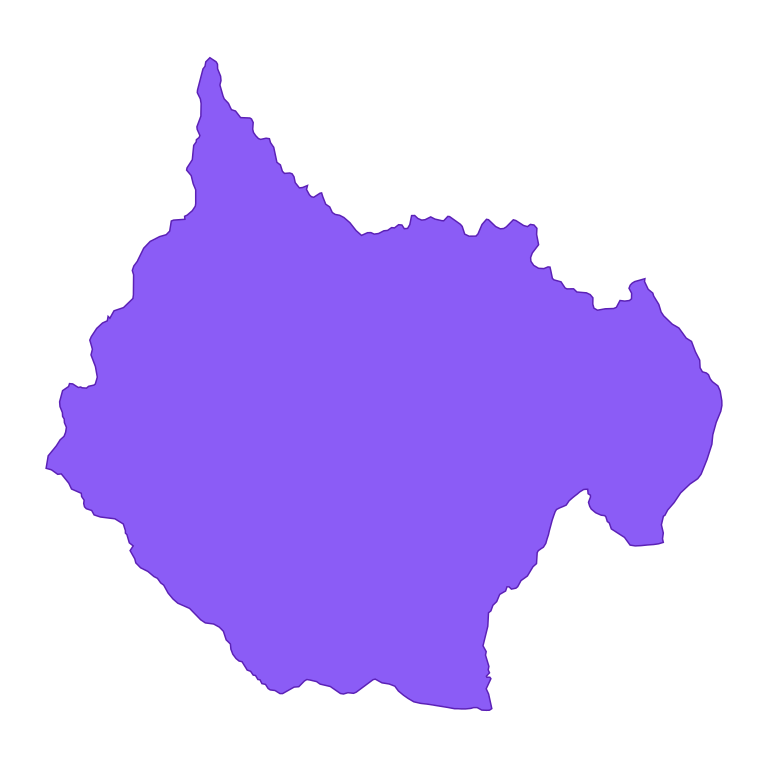 outline of Luebo, Kasaï-Occidental, Democratic Republic of the Congo
{"feature_id": "63176286B69668932062204", "entity_name": "Luebo", "entity_type": "district", "adm_level": 2, "iso_a3": "COD", "parent_name": "Democratic Republic of the Congo", "parent_adm1": "Kasaï-Occidental", "projection": "orthographic", "projection_center": [21.381, -5.592], "detail": "fine", "context": "isolated", "style": "filled", "palette": "violet", "viewbox_px": 768, "rotation_deg": 0, "n_neighbors": 0, "source": "geoboundaries", "source_scale": "gbopen_adm2", "svg_char_len": 5586}
<svg xmlns="http://www.w3.org/2000/svg" viewBox="0 0 768 768"><path d="M513.3,219.8L506.3,226.9L503.7,228.5L500.3,228.8L495.7,226.6L488.5,219.7L487.4,219.5L486.5,219.3L482.0,224.5L480.0,229.2L478.0,233.9L476.8,235.2L476.0,236.1L469.1,236.2L464.7,234.1L462.2,226.4L460.4,224.3L449.6,216.6L447.8,216.4L443.7,220.8L443.0,220.7L442.0,220.7L435.0,219.1L430.7,216.9L425.1,219.7L421.7,220.1L417.9,218.5L414.7,215.5L411.6,215.6L409.8,224.6L407.6,228.4L404.3,228.7L401.9,225.0L398.6,224.7L394.5,227.9L391.6,227.6L387.6,230.4L383.8,230.8L378.6,233.5L374.2,234.1L370.9,232.6L367.5,232.7L361.5,235.4L356.1,230.6L349.9,222.7L343.9,217.5L339.7,215.3L335.1,214.4L332.3,212.5L329.7,206.9L325.7,204.2L322.8,196.8L321.6,192.9L320.6,193.1L320.0,193.2L313.7,197.3L311.4,196.7L310.0,195.4L309.4,194.8L306.5,189.5L307.5,185.5L302.6,187.5L299.4,187.9L295.2,182.6L294.0,176.8L292.1,173.8L289.8,173.0L284.5,173.4L282.4,171.3L280.4,164.9L276.9,162.3L273.7,147.2L272.5,145.6L270.5,142.6L269.4,138.7L266.1,138.2L260.7,139.4L258.5,138.6L255.7,135.7L253.5,132.5L252.7,129.2L253.2,122.5L251.5,119.0L249.9,118.0L240.6,117.6L235.5,111.0L231.5,109.7L230.4,107.6L228.7,103.9L228.4,103.3L224.2,98.9L223.0,95.9L219.9,85.0L221.0,80.6L220.6,76.2L217.6,68.8L217.6,68.3L217.5,64.2L216.2,61.9L209.9,57.7L205.8,61.8L205.0,66.3L203.0,68.9L200.9,77.0L197.5,90.1L197.3,92.7L200.4,99.0L200.5,99.8L201.1,103.5L200.9,114.1L200.9,116.1L196.9,126.8L197.2,129.4L199.9,135.5L199.1,137.5L196.4,139.7L196.2,141.9L193.7,145.4L193.5,147.4L192.3,159.7L187.0,167.9L186.6,170.1L191.2,175.6L193.2,183.8L195.7,189.8L195.7,203.6L195.3,206.2L192.3,210.7L190.2,212.5L187.2,215.1L184.6,216.3L184.9,219.3L173.6,220.1L171.3,221.0L169.7,231.1L166.2,234.7L159.6,236.6L150.2,241.4L143.7,248.2L142.4,250.9L137.9,260.0L137.4,261.2L133.8,266.0L132.3,270.5L133.6,274.8L133.4,294.9L132.9,298.5L123.5,307.6L114.0,310.8L109.9,318.2L108.1,316.4L107.3,320.8L102.5,323.0L96.7,328.4L91.3,336.6L89.8,340.1L91.5,346.0L92.4,349.2L91.0,354.9L95.4,366.5L97.3,377.1L96.6,379.6L95.3,384.0L93.9,385.1L88.6,386.3L86.5,388.1L82.1,387.8L80.7,387.0L78.3,387.5L72.7,383.9L69.5,383.6L68.6,386.5L62.6,390.6L59.6,401.8L60.0,406.6L62.4,412.6L62.6,416.4L64.2,419.0L64.3,421.0L64.4,422.2L64.4,422.7L66.4,427.3L65.6,432.3L64.0,436.4L60.3,439.6L56.3,445.9L48.2,455.8L46.1,468.3L51.4,469.8L57.7,474.3L61.3,473.9L68.8,483.2L71.5,489.0L81.3,493.3L81.6,496.5L84.1,500.2L83.7,503.5L84.5,506.8L86.3,508.7L91.7,510.5L94.1,514.9L100.4,517.0L114.9,518.8L117.0,520.1L123.3,524.0L125.4,530.6L125.4,533.1L126.9,534.6L129.3,542.8L133.2,545.9L130.1,550.6L134.8,558.9L135.8,562.9L140.6,567.8L147.8,571.4L154.0,576.6L157.4,578.3L158.5,579.8L160.7,582.9L163.7,585.1L168.1,593.1L173.0,599.0L177.8,603.2L189.6,608.4L200.7,619.8L205.3,622.9L213.6,624.0L219.3,627.1L223.4,631.3L226.2,639.9L230.4,644.0L230.9,649.2L232.8,654.2L236.0,658.5L239.0,661.0L242.0,661.7L246.3,668.6L247.1,670.0L248.1,670.4L250.6,671.3L253.2,675.1L255.5,675.5L257.9,679.5L260.0,679.8L261.9,683.6L265.5,684.4L268.1,688.5L270.2,689.9L275.0,690.5L280.0,693.6L282.6,693.6L294.1,687.1L298.8,686.7L304.5,680.9L306.9,679.5L307.8,679.7L309.8,680.0L316.6,681.6L320.1,684.1L330.3,686.5L340.4,693.5L343.5,694.0L347.9,692.7L353.6,693.3L356.2,692.2L373.0,679.7L375.2,679.1L382.1,682.9L382.4,682.9L389.2,684.0L394.9,686.2L396.3,688.2L398.4,691.0L403.6,695.3L408.2,698.5L413.8,701.8L420.8,703.4L427.2,704.1L446.4,707.2L448.7,707.6L454.5,708.7L457.8,708.7L461.2,708.9L465.7,708.9L470.8,708.4L473.5,707.6L477.2,707.6L481.8,710.1L486.5,710.3L489.5,710.2L491.8,708.6L488.6,694.0L486.2,688.8L490.9,678.7L489.8,677.2L486.9,677.3L486.4,676.2L489.5,672.8L488.2,669.9L488.9,666.4L485.5,655.1L485.9,653.1L486.2,651.6L483.0,645.8L487.8,626.3L488.5,612.8L490.9,610.9L492.9,605.3L496.7,601.6L499.7,594.4L505.6,591.0L507.0,586.8L509.0,586.8L511.4,589.1L515.9,588.2L517.7,586.7L521.0,580.6L527.4,576.0L533.0,566.7L536.5,563.6L537.2,552.6L538.3,550.7L540.9,548.8L543.4,547.2L545.8,543.4L547.1,538.8L548.4,534.9L549.4,530.5L550.3,527.2L552.2,520.1L553.8,515.4L555.2,511.6L556.5,509.5L559.6,507.9L563.3,506.4L566.2,505.1L569.1,500.8L572.5,497.8L575.1,495.7L577.1,494.2L579.9,491.8L582.5,490.2L583.6,489.5L585.5,489.3L587.7,489.3L587.9,491.4L588.1,493.7L590.1,495.0L590.4,495.2L590.5,497.0L588.5,502.3L589.7,506.3L591.2,509.0L595.6,512.7L597.8,513.7L601.2,515.2L604.7,515.6L605.9,516.9L607.3,521.5L609.3,523.0L611.3,528.9L624.5,537.4L630.1,545.1L635.2,545.9L641.3,545.6L647.1,545.0L653.8,544.5L658.6,543.8L663.3,542.4L662.5,538.8L663.3,533.0L661.4,524.8L663.4,516.2L664.9,515.3L667.7,510.0L673.7,503.1L674.1,502.6L680.6,492.9L690.0,484.0L697.7,478.7L701.1,474.2L707.0,459.5L711.9,444.2L712.2,440.8L712.8,434.8L716.2,422.4L720.8,411.2L721.9,405.5L721.8,400.8L720.2,391.1L717.9,385.9L712.4,381.7L710.2,378.9L708.5,374.7L706.4,373.0L706.1,372.9L702.4,371.8L700.1,367.8L699.7,360.2L695.4,351.8L691.5,341.4L686.2,338.1L678.9,328.0L672.3,324.2L663.7,315.9L661.1,312.0L658.8,304.4L653.7,296.1L652.8,293.1L648.2,289.3L644.5,281.5L644.9,278.7L634.7,281.6L632.1,283.2L630.2,285.2L629.0,288.3L631.6,293.2L631.5,298.8L631.1,299.1L629.5,300.5L624.7,301.1L620.0,300.5L616.4,307.3L613.7,308.5L605.3,308.8L597.5,310.2L594.0,308.2L593.8,307.6L592.8,304.2L592.8,303.9L592.9,297.8L590.2,294.6L586.4,292.8L586.1,292.8L576.9,292.0L573.6,288.8L567.0,288.9L565.1,288.0L561.0,281.8L554.0,279.9L552.4,278.4L550.8,270.7L550.0,267.1L548.0,266.9L543.9,268.6L538.6,268.3L533.7,265.4L530.9,261.3L530.6,257.6L532.3,253.0L538.6,244.7L536.6,234.4L536.9,228.3L534.0,225.0L530.4,224.4L527.5,226.6L526.0,226.2L523.6,225.5L515.8,220.5L513.3,219.8Z" fill="#8b5cf6" stroke="#5b21b6" stroke-width="1.5"/></svg>